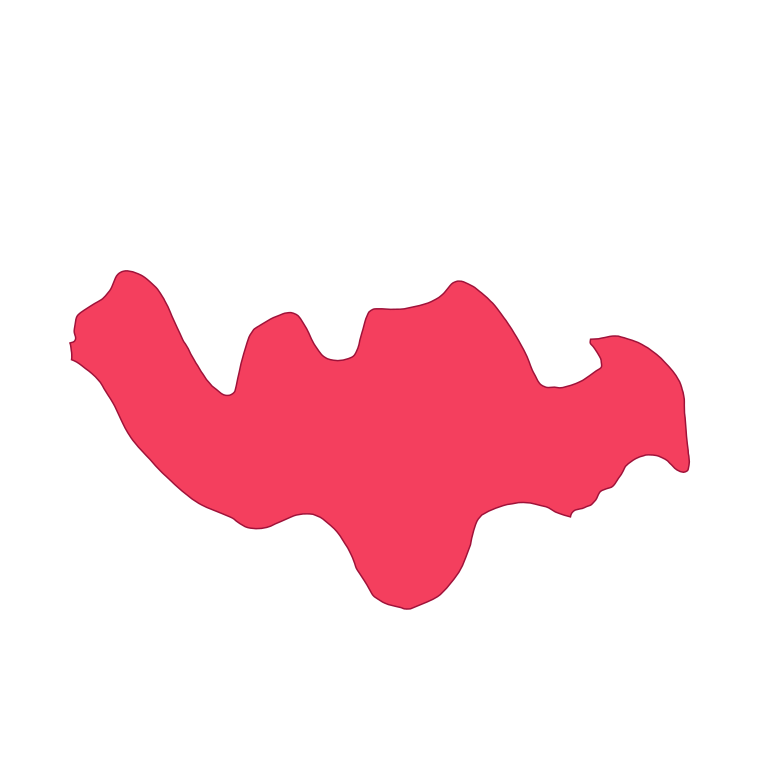 outline of Ly Nhan, Hà Nam, Vietnam, rotated 148°
{"feature_id": "81297802B63925273406451", "entity_name": "Ly Nhan", "entity_type": "district", "adm_level": 2, "iso_a3": "VNM", "parent_name": "Vietnam", "parent_adm1": "Hà Nam", "projection": "natural_earth1", "projection_center": [106.086, 20.548], "detail": "fine", "context": "isolated", "style": "filled", "palette": "rose", "viewbox_px": 768, "rotation_deg": 148, "n_neighbors": 0, "source": "geoboundaries", "source_scale": "gbopen_adm2", "svg_char_len": 6171}
<svg xmlns="http://www.w3.org/2000/svg" viewBox="0 0 768 768"><g transform="rotate(148 384 384)"><path d="M529.6,541.0L528.7,547.9L527.9,554.0L527.2,558.0L526.3,563.8L526.1,566.6L525.8,571.1L525.6,572.7L525.6,574.8L525.6,577.6L525.6,579.6L525.8,584.4L526.2,586.8L527.4,591.4L528.3,594.7L529.4,598.3L530.4,601.1L531.4,603.3L532.3,605.0L533.3,606.5L534.0,607.6L537.6,612.3L539.5,614.0L541.5,615.8L543.2,616.9L544.9,617.6L546.5,618.1L548.1,618.3L549.9,618.3L551.7,618.0L553.7,617.3L555.6,616.2L561.4,612.0L563.2,610.7L565.1,609.5L567.1,608.5L569.2,607.8L573.6,606.3L577.5,605.4L579.3,605.3L583.1,605.4L587.0,605.6L592.4,605.6L599.3,605.5L603.5,605.3L606.1,604.9L607.3,604.6L608.2,604.2L609.4,603.5L611.1,602.0L614.3,598.3L615.8,596.6L617.3,594.9L618.7,593.1L619.5,591.5L620.2,589.1L620.5,587.8L621.1,586.4L622.0,585.3L623.2,584.6L624.0,584.3L625.0,584.3L625.4,584.3L628.6,585.2L629.1,583.3L630.0,581.2L631.4,578.2L632.2,576.3L633.1,574.6L635.0,571.5L636.1,570.2L634.7,568.3L633.0,565.5L631.7,562.7L630.4,559.3L629.0,555.3L627.5,551.6L626.2,547.7L624.9,543.0L624.3,539.5L623.7,535.7L623.7,531.5L623.9,528.4L623.9,520.5L623.8,516.1L623.9,511.7L624.1,507.8L625.3,498.0L625.9,493.2L626.4,488.8L626.9,483.7L627.1,478.1L627.0,471.9L626.8,469.1L625.7,460.7L623.6,449.7L622.4,444.1L621.1,435.8L619.7,429.1L619.1,426.3L618.4,423.6L617.7,421.2L614.7,409.6L612.0,400.4L607.7,388.2L604.3,380.9L602.6,377.9L599.8,373.4L590.2,360.2L584.9,352.7L584.0,351.3L583.3,350.1L582.7,348.7L582.0,346.3L581.1,344.1L580.2,342.0L577.8,337.4L577.3,336.5L575.6,334.4L573.7,332.6L571.5,330.9L569.3,329.2L564.5,326.5L559.4,324.5L555.4,323.5L550.2,323.0L544.0,322.0L534.0,320.6L530.3,320.0L527.7,319.3L521.7,316.8L518.3,314.8L516.0,313.3L513.3,311.2L511.3,308.5L508.7,304.8L507.4,302.0L504.2,292.3L502.9,287.6L502.2,283.8L501.7,278.6L501.7,274.5L501.7,269.1L501.6,264.2L501.9,260.6L502.3,256.7L502.7,253.5L503.9,247.5L504.8,244.2L505.1,242.6L505.2,241.0L505.2,239.4L505.1,237.2L505.0,232.6L504.9,227.4L504.9,225.2L504.9,222.8L505.2,216.7L505.4,213.1L505.4,212.2L505.4,211.3L505.2,210.1L504.9,208.7L503.0,204.5L500.8,199.9L499.4,197.7L497.2,194.7L492.0,189.3L488.1,185.4L487.4,184.5L486.7,183.5L486.0,182.6L485.1,182.0L484.1,181.2L481.8,179.9L480.6,179.3L462.8,176.3L456.4,175.5L451.2,175.3L447.8,175.6L445.2,176.2L439.0,177.7L428.2,181.4L420.2,184.7L413.7,188.4L406.3,193.8L395.9,201.8L391.5,206.6L385.4,212.4L380.8,216.3L378.0,218.3L375.7,219.5L370.5,221.1L362.6,220.7L355.1,219.5L347.3,217.7L343.3,216.5L338.8,214.5L332.7,212.1L328.6,209.7L323.0,205.6L319.4,202.0L315.7,198.1L311.6,194.0L309.9,191.6L308.5,188.8L307.1,185.9L306.5,184.7L303.7,181.0L300.7,177.3L296.3,172.5L294.9,173.9L293.6,174.8L292.7,175.2L291.7,175.5L290.6,175.7L289.5,175.8L288.3,175.7L283.3,174.0L281.9,173.4L279.8,173.0L277.2,172.7L273.3,171.8L271.9,171.8L269.5,172.4L266.0,173.4L264.2,174.3L260.7,176.7L259.4,177.4L258.1,178.0L256.7,178.2L255.5,178.2L251.3,177.4L249.0,176.8L247.7,176.4L246.8,176.2L246.0,176.0L245.1,176.0L244.0,176.1L242.7,176.4L241.0,177.0L235.1,179.8L231.4,181.3L230.5,181.7L227.1,183.6L224.5,185.3L222.9,186.2L221.9,186.4L218.9,187.0L212.8,187.4L209.9,187.3L205.6,186.7L201.9,185.6L199.7,185.1L197.3,183.8L193.5,181.2L190.9,179.0L189.4,177.4L187.3,174.3L185.4,171.2L184.2,168.5L183.6,165.3L183.0,163.1L182.1,158.5L181.1,155.9L179.2,152.8L177.8,151.4L176.7,150.4L174.9,149.8L174.0,149.7L173.2,149.7L172.6,149.7L171.9,150.0L171.1,150.6L168.4,153.5L166.3,156.2L163.7,161.3L162.7,163.9L161.2,166.6L158.6,172.3L155.1,179.5L152.5,184.4L146.6,195.7L144.5,200.2L140.6,206.8L138.7,209.8L137.4,212.0L136.1,215.1L134.8,218.4L134.1,221.2L133.4,223.3L132.6,226.5L132.1,229.3L131.9,236.4L132.3,241.8L132.9,245.9L133.3,248.4L133.8,250.8L134.6,254.7L135.4,258.9L137.2,264.8L141.1,274.8L142.7,277.7L144.3,280.8L146.5,284.5L150.4,289.6L153.9,293.6L155.6,295.7L158.0,298.2L159.9,300.4L160.8,301.0L162.1,301.9L164.7,303.5L167.3,304.7L172.1,306.4L175.1,307.6L178.2,308.7L185.1,312.5L186.5,310.9L187.3,309.7L187.4,309.2L187.5,308.6L187.4,308.0L186.8,305.0L186.6,302.2L186.5,297.7L186.6,293.5L186.8,290.8L187.3,289.1L188.4,286.9L189.0,285.5L189.9,283.9L190.7,283.2L191.5,282.8L192.9,282.6L197.1,282.7L205.5,282.1L212.4,281.8L213.9,281.8L218.2,282.3L221.0,282.7L226.1,283.8L234.4,286.3L236.4,287.3L237.2,287.7L241.1,291.0L246.5,293.9L247.7,294.8L248.5,295.6L250.4,298.3L251.2,300.0L251.5,300.9L251.7,301.9L251.8,302.7L251.9,305.4L251.4,310.4L251.1,315.3L251.0,316.2L250.9,317.2L250.0,322.2L249.2,325.8L248.2,331.3L247.7,336.0L247.4,339.1L247.1,344.7L246.8,350.1L246.8,351.0L246.7,353.4L246.7,357.3L246.6,363.3L246.8,369.0L246.9,373.2L247.2,376.3L247.5,381.0L247.7,383.6L248.1,388.4L248.4,391.0L248.5,391.9L249.0,395.0L249.8,397.9L250.7,402.1L251.5,404.7L253.1,409.8L253.7,411.3L255.9,417.8L256.8,419.6L259.6,424.3L262.4,428.5L264.0,430.2L266.8,432.1L268.2,432.6L270.1,433.0L271.9,433.2L273.8,433.0L275.9,432.4L279.3,431.2L283.4,429.8L285.4,429.2L288.3,428.7L291.6,428.3L295.3,428.4L300.3,428.8L303.6,429.3L307.7,430.4L312.3,431.7L327.0,437.0L330.7,438.9L334.0,440.9L339.0,443.9L345.7,448.7L351.0,452.0L352.7,452.9L354.0,453.2L356.3,453.3L358.7,453.0L360.3,452.1L364.9,448.9L367.7,446.4L372.9,441.5L376.2,438.6L381.3,433.9L384.2,430.8L387.2,428.2L391.2,425.5L393.5,424.3L394.5,424.0L395.5,423.8L396.3,423.8L397.3,423.8L400.8,424.4L405.9,425.9L410.8,428.3L414.2,430.9L416.6,433.1L418.6,435.4L419.6,437.2L420.6,439.3L421.2,441.3L421.4,442.3L421.8,446.3L422.1,453.2L422.1,455.6L421.7,460.7L420.8,466.9L420.3,472.1L420.2,478.8L420.2,483.9L420.6,487.0L420.9,488.0L421.7,489.7L423.3,492.0L425.1,493.9L427.0,495.0L430.6,496.6L432.6,497.1L436.3,497.7L442.7,498.9L445.9,499.2L455.2,499.4L461.9,499.5L464.7,499.4L465.7,499.2L467.7,498.3L471.5,496.6L473.8,495.2L478.1,491.7L483.7,486.8L486.8,484.1L494.5,477.0L500.3,471.0L505.2,466.1L510.1,460.9L513.9,457.2L514.8,456.6L516.0,456.2L517.2,456.0L519.2,456.0L521.0,456.3L522.7,457.2L524.2,458.2L525.7,459.8L527.0,462.1L527.7,464.1L529.0,468.1L530.9,473.3L531.5,477.4L532.2,481.8L532.3,488.3L532.5,491.4L532.3,498.2L532.4,501.5L532.2,505.5L532.0,511.8L531.3,517.6L531.2,523.0L531.4,526.0L531.2,528.4L530.3,534.9L529.8,539.2L529.6,541.0Z" fill="#f43f5e" stroke="#9f1239" stroke-width="1.5"/></g></svg>